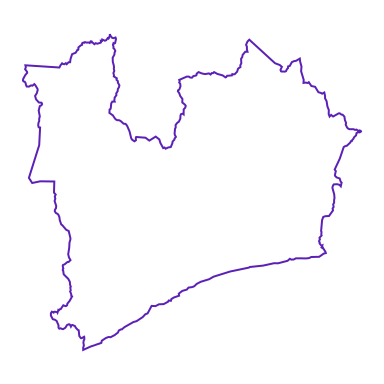 Gbokle, Bas-Sassandra, Ivory Coast
{"feature_id": "98640826B37905317988050", "entity_name": "Gbokle", "entity_type": "district", "adm_level": 2, "iso_a3": "CIV", "parent_name": "Ivory Coast", "parent_adm1": "Bas-Sassandra", "projection": "equal_earth", "projection_center": [-6.009, 5.243], "detail": "fine", "context": "isolated", "style": "outline", "palette": "violet", "viewbox_px": 384, "rotation_deg": 0, "n_neighbors": 0, "source": "geoboundaries", "source_scale": "gbopen_adm2", "svg_char_len": 5763}
<svg xmlns="http://www.w3.org/2000/svg" viewBox="0 0 384 384"><path d="M179.2,79.9L179.7,81.0L179.2,82.6L180.2,83.7L180.5,86.2L179.3,89.5L178.0,90.4L177.9,91.3L179.2,93.1L180.3,96.1L182.4,98.9L182.3,102.5L185.0,104.7L185.7,105.8L185.6,106.4L185.2,107.7L183.7,109.4L183.6,114.3L182.8,113.6L181.0,114.2L180.5,115.4L180.3,118.7L178.9,121.6L177.1,123.0L175.6,125.0L175.7,127.4L175.0,128.9L174.6,133.4L174.8,134.8L175.9,136.9L174.6,138.5L174.4,139.6L172.6,141.6L172.4,143.2L170.8,147.0L168.1,147.5L165.6,148.7L164.6,147.5L163.2,148.1L160.4,143.0L159.3,139.4L155.7,136.6L149.3,140.6L145.5,137.7L136.2,137.0L135.8,137.9L135.9,140.3L134.4,141.3L132.0,139.6L131.2,138.2L129.5,131.3L127.2,126.0L126.3,124.7L125.5,123.9L123.6,123.7L120.5,120.9L119.0,120.2L117.3,120.2L116.2,119.7L115.0,118.6L112.9,115.4L109.4,112.9L109.6,109.5L110.4,109.1L110.8,107.9L111.2,103.5L112.3,101.6L114.7,101.6L114.3,100.6L114.7,97.5L116.4,95.2L116.2,93.5L117.6,91.3L117.9,88.9L118.9,87.4L119.4,85.3L117.9,82.7L117.9,81.2L116.5,79.8L116.8,78.3L113.8,76.4L114.0,75.2L113.4,73.1L114.3,70.9L113.8,68.7L114.0,67.4L113.8,65.5L112.8,61.8L112.7,57.7L114.4,54.6L114.6,52.4L115.3,51.0L114.4,49.0L113.4,48.1L113.5,46.6L112.9,44.9L113.5,43.1L114.3,43.6L115.1,43.1L116.0,39.0L115.5,37.5L113.6,38.2L112.1,37.8L110.5,35.8L109.8,34.1L109.8,36.1L109.2,36.9L109.1,37.8L108.4,37.9L108.3,38.5L107.7,38.1L106.2,40.2L104.9,40.7L102.2,39.5L102.0,40.9L100.8,40.7L101.0,42.2L100.7,42.7L97.3,43.7L95.6,43.2L94.4,44.2L92.4,42.4L91.8,42.4L91.6,41.4L91.1,41.3L90.7,41.3L89.7,43.0L88.9,42.5L86.6,42.6L85.0,42.1L84.2,42.8L83.5,42.5L82.6,42.9L82.1,43.3L82.1,44.8L80.9,45.3L78.4,47.4L78.4,49.3L78.2,49.8L77.4,49.9L75.7,52.7L72.1,54.2L70.5,59.1L70.1,62.2L68.5,62.3L66.7,64.2L65.8,63.2L64.3,64.2L63.0,64.0L62.1,63.3L60.5,65.3L59.4,67.5L25.4,65.3L25.8,67.4L25.1,69.2L27.0,71.7L27.2,72.8L25.2,75.2L23.1,79.1L23.0,80.6L23.5,81.4L24.7,81.7L25.6,83.1L25.9,84.7L26.7,86.5L29.0,86.6L31.0,85.4L32.5,85.7L34.3,84.1L35.4,85.3L37.5,88.8L37.7,90.0L36.8,93.2L35.1,95.9L35.8,98.5L36.2,99.5L38.9,102.5L41.5,102.7L42.1,104.0L41.5,105.2L39.8,106.1L38.7,110.6L39.8,116.4L39.2,118.6L39.2,121.1L38.5,122.7L38.2,125.3L38.7,127.3L40.1,127.5L39.2,145.2L28.9,177.9L32.2,183.0L40.2,181.3L54.3,181.5L54.0,192.6L55.7,194.6L54.8,196.5L55.3,198.7L54.6,201.0L56.2,205.9L56.0,208.1L54.9,209.9L54.8,211.3L55.9,213.0L57.6,213.9L58.4,214.8L59.4,217.1L59.7,219.8L61.2,224.4L62.5,225.4L66.2,229.8L68.7,231.0L70.4,238.1L70.4,239.4L69.5,242.6L69.2,247.9L68.2,254.2L69.0,257.5L70.5,260.1L68.7,261.9L67.5,262.0L64.5,264.4L63.0,265.0L62.7,265.9L63.3,268.6L62.8,269.2L62.8,270.3L63.2,270.7L63.7,274.3L68.2,278.8L69.8,281.7L70.1,284.9L70.8,286.7L70.3,287.5L70.7,290.4L70.1,291.5L71.2,294.0L71.3,295.9L72.1,296.4L69.7,300.8L67.4,303.6L67.1,305.2L66.5,305.8L65.5,306.1L63.3,305.3L60.7,309.1L59.9,309.2L58.8,310.4L58.3,310.0L57.5,312.6L57.3,312.2L54.6,311.7L53.9,311.9L53.6,312.6L51.9,311.7L50.9,313.2L50.9,315.6L52.8,319.2L54.6,319.6L56.6,320.9L58.5,325.3L58.5,327.4L58.9,328.4L59.6,328.7L60.7,328.3L62.2,329.0L63.2,329.1L65.4,327.7L67.0,325.1L69.0,324.2L70.0,324.7L70.9,326.6L71.6,325.2L72.6,325.0L75.1,326.2L75.6,327.5L77.7,329.8L78.7,330.3L79.3,336.0L80.8,338.1L81.7,338.2L84.1,336.7L84.3,337.1L84.3,339.5L83.7,340.5L83.4,342.8L83.9,345.4L83.2,347.6L83.2,349.9L90.5,346.6L101.3,342.9L101.8,340.7L105.9,338.0L108.5,337.0L110.6,337.2L114.6,335.1L118.0,332.5L118.8,330.5L120.9,329.4L121.8,329.4L124.5,327.1L133.5,322.0L136.5,321.2L142.7,317.1L145.4,314.2L147.6,313.4L151.6,305.9L155.5,306.1L159.0,304.3L163.7,304.1L168.1,301.7L168.7,300.5L170.9,300.8L171.4,299.0L174.1,297.4L179.1,295.7L178.8,293.6L182.3,290.9L186.8,289.6L188.5,287.6L192.1,287.1L194.2,286.3L196.7,283.9L200.7,281.8L209.2,279.2L213.5,276.7L230.2,271.5L248.9,267.6L249.8,267.0L263.1,265.6L274.1,263.2L278.0,263.3L287.6,260.8L289.9,258.8L291.3,259.6L293.6,259.5L296.0,258.3L306.3,258.4L309.0,258.1L311.3,257.0L319.2,256.8L323.7,253.6L325.8,253.1L325.4,251.7L323.5,248.8L321.9,247.7L322.7,247.3L322.1,246.3L322.3,245.4L321.5,245.8L319.6,243.5L319.7,242.4L319.1,241.6L319.3,240.3L319.9,239.5L319.5,237.7L321.6,235.5L321.3,234.4L321.5,231.9L321.1,231.1L322.1,220.0L323.3,216.9L325.4,216.2L329.0,216.0L333.0,210.4L332.6,208.5L333.6,207.0L333.2,204.3L334.1,202.8L334.1,200.0L334.5,198.1L334.2,194.3L332.5,188.2L332.5,187.0L333.3,185.0L333.8,184.4L337.1,184.2L339.4,184.8L340.8,186.3L341.6,182.6L340.6,181.5L339.7,178.5L336.6,177.4L335.2,176.0L334.9,175.2L335.8,171.1L334.7,169.5L339.8,158.6L343.7,147.1L344.6,146.4L346.9,145.7L350.3,142.5L350.9,141.2L351.9,141.0L352.3,139.9L353.5,138.7L353.9,137.5L356.1,135.3L356.5,133.1L358.4,132.2L359.7,132.4L361.0,131.5L360.7,130.8L359.3,130.4L357.9,130.8L356.6,129.6L355.1,129.9L353.5,129.2L349.5,129.2L348.1,128.6L347.0,127.4L345.7,124.6L346.1,123.0L344.9,120.0L344.4,116.6L342.6,114.7L341.4,114.6L339.7,113.3L338.8,113.3L333.1,116.5L331.1,114.9L329.6,116.5L328.7,114.1L328.8,110.0L327.4,106.4L326.6,101.2L325.0,98.2L325.1,96.1L324.3,92.5L322.1,93.7L321.1,93.0L318.4,92.2L315.1,86.8L311.4,86.0L308.8,82.2L307.8,83.0L305.7,82.6L303.5,82.9L303.7,79.9L301.1,71.2L301.5,66.6L300.2,61.8L299.8,58.6L296.1,60.8L293.9,61.2L291.9,62.1L289.7,66.0L288.1,66.4L287.9,68.3L286.9,69.2L286.0,71.2L284.9,71.6L281.4,71.5L281.0,71.3L280.5,69.9L281.9,66.8L279.7,65.0L275.0,63.2L249.3,39.7L247.5,41.5L246.2,44.5L246.1,45.0L246.9,46.6L246.9,49.3L247.5,51.8L245.3,51.7L242.7,54.8L242.2,57.2L241.1,58.7L241.3,63.3L240.3,65.3L240.4,67.1L238.1,68.6L237.1,71.7L234.7,74.2L233.2,74.4L232.3,74.1L231.9,75.4L227.1,75.8L226.2,77.1L225.5,77.4L222.7,75.4L217.3,73.9L214.1,72.1L213.1,73.1L211.7,73.1L210.6,74.5L208.9,73.4L205.1,74.1L201.7,73.4L198.6,72.1L196.7,73.6L196.5,75.1L196.1,75.5L193.4,76.1L191.9,77.7L190.1,77.5L188.9,76.6L186.8,76.6L179.2,79.9Z" fill="none" stroke="#5b21b6" stroke-width="2"/></svg>